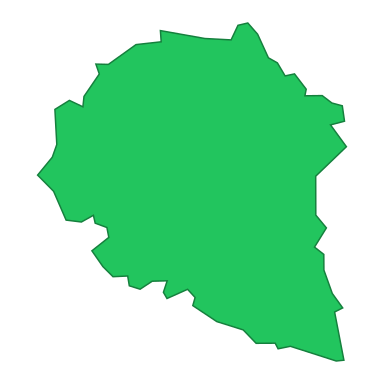 Clay, Kentucky, United States of America
{"feature_id": "52423323B60932235945211", "entity_name": "Clay", "entity_type": "district", "adm_level": 2, "iso_a3": "USA", "parent_name": "United States of America", "parent_adm1": "Kentucky", "projection": "robinson", "projection_center": [-83.714, 37.148], "detail": "fine", "context": "isolated", "style": "filled", "palette": "green", "viewbox_px": 384, "rotation_deg": 0, "n_neighbors": 0, "source": "geoboundaries", "source_scale": "gbopen_adm2", "svg_char_len": 914}
<svg xmlns="http://www.w3.org/2000/svg" viewBox="0 0 384 384"><path d="M290.4,346.3L336.2,361.0L343.9,360.2L334.6,312.0L342.7,307.9L332.3,293.5L323.9,270.1L323.8,254.4L314.5,247.1L326.4,227.9L315.8,215.1L315.7,176.2L346.4,146.7L330.5,124.9L344.5,121.2L342.3,105.8L331.9,103.0L322.2,95.6L304.9,95.8L306.2,89.2L294.5,73.9L285.1,75.9L277.4,62.9L268.4,57.8L257.6,34.2L247.8,23.0L238.0,25.3L231.1,39.9L204.8,38.5L160.4,30.6L161.2,41.8L136.0,44.6L108.4,64.4L95.9,64.1L99.3,74.0L84.0,96.4L82.9,106.8L69.4,100.4L54.9,109.4L56.8,144.5L52.3,157.2L37.6,175.1L53.6,191.3L66.1,220.1L81.4,222.0L93.4,215.3L95.2,223.2L106.9,227.5L108.8,237.4L91.9,250.8L102.9,266.6L113.0,276.7L127.7,276.0L129.3,285.8L140.1,289.2L152.2,281.2L167.2,280.8L163.4,292.3L167.0,298.5L187.6,289.3L195.1,297.5L192.8,305.6L216.8,321.6L243.2,329.9L256.1,343.3L275.2,343.2L278.1,348.8L290.4,346.3Z" fill="#22c55e" stroke="#15803d" stroke-width="1.5"/></svg>